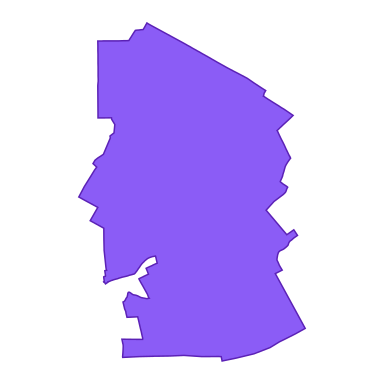 the district of Gaujani, Teleorman, Romania
{"feature_id": "2599482B70071285458497", "entity_name": "Gaujani", "entity_type": "district", "adm_level": 2, "iso_a3": "ROU", "parent_name": "Romania", "parent_adm1": "Teleorman", "projection": "equal_earth", "projection_center": [25.703, 43.752], "detail": "fine", "context": "isolated", "style": "filled", "palette": "violet", "viewbox_px": 384, "rotation_deg": 0, "n_neighbors": 0, "source": "geoboundaries", "source_scale": "gbopen_adm2", "svg_char_len": 5859}
<svg xmlns="http://www.w3.org/2000/svg" viewBox="0 0 384 384"><path d="M305.2,328.4L278.3,279.1L275.3,273.6L282.2,270.1L280.2,266.8L279.2,265.0L278.6,263.5L277.6,261.3L277.4,261.0L277.2,260.6L277.0,260.0L277.0,259.6L277.0,259.1L277.0,258.8L277.1,258.3L277.2,257.5L277.3,256.8L277.5,256.0L277.6,255.0L277.8,254.4L278.1,253.6L278.2,253.0L278.7,252.1L279.1,251.6L279.7,251.1L280.2,250.7L281.1,250.3L282.2,249.8L282.7,249.6L283.2,249.3L284.2,248.7L284.9,248.1L285.7,247.5L286.1,247.1L286.9,246.4L287.6,245.7L287.9,245.4L288.1,245.0L288.3,244.5L288.4,244.1L288.6,243.5L288.7,243.1L289.0,242.5L289.2,242.1L289.6,241.7L290.1,241.0L291.6,240.0L293.7,238.1L297.5,235.4L293.8,229.8L286.8,234.7L275.4,221.2L266.1,210.2L274.0,201.5L283.5,194.3L285.2,192.6L285.4,192.3L285.7,191.9L285.8,191.6L286.0,191.3L286.1,190.9L286.3,190.4L286.5,189.8L286.6,189.3L286.9,188.7L287.0,188.5L287.1,188.2L287.3,187.9L287.5,187.5L287.7,187.3L287.7,187.2L286.8,186.4L285.9,185.8L285.3,185.4L284.2,184.7L283.8,184.5L283.4,184.2L282.7,183.7L282.0,183.1L281.4,182.7L280.7,182.1L280.3,181.8L280.2,181.6L280.3,181.3L280.6,180.7L281.1,179.6L281.6,178.5L282.0,177.6L282.7,175.8L282.6,175.6L283.3,173.2L283.6,172.3L284.0,171.1L284.2,170.2L285.2,166.7L285.7,165.6L286.4,164.3L287.8,162.0L289.0,160.3L289.9,159.1L290.4,158.4L290.6,158.2L290.0,156.8L289.9,156.9L288.9,154.9L287.0,150.9L286.0,148.9L285.2,147.1L284.2,144.9L282.3,141.1L281.8,140.2L280.5,137.6L280.1,136.7L279.5,135.5L278.9,134.2L278.4,133.1L278.1,132.4L277.8,131.8L277.5,131.2L277.1,130.5L277.3,130.4L278.0,129.7L278.5,129.2L279.2,128.6L279.8,127.9L280.4,127.4L281.6,126.3L282.0,125.9L282.5,125.4L282.8,125.1L283.6,124.4L284.2,123.8L284.7,123.4L286.0,122.2L289.0,119.4L290.3,118.2L293.1,115.4L285.5,110.2L284.2,109.3L282.0,108.0L280.4,107.0L278.8,105.9L276.2,104.3L274.6,103.3L272.5,102.0L271.1,101.1L269.4,100.0L268.2,99.3L265.8,97.7L264.9,97.1L263.7,96.3L263.4,96.2L263.6,95.7L263.7,95.2L263.9,94.3L264.1,93.4L264.3,92.9L264.7,92.4L265.0,91.8L265.3,91.2L265.7,90.6L261.5,87.9L254.2,83.1L247.4,78.4L245.2,77.2L238.0,73.4L233.3,71.0L226.9,67.6L218.5,62.9L218.3,62.8L217.4,62.3L215.7,61.3L213.8,60.2L212.0,59.2L210.2,58.1L208.2,57.0L206.9,56.2L206.4,56.0L204.7,55.0L203.2,54.2L201.8,53.4L199.1,51.8L197.5,51.0L196.2,50.2L194.9,49.5L192.7,48.3L189.9,46.6L187.6,45.4L186.1,44.5L182.3,42.4L152.5,26.2L151.2,25.5L149.8,24.7L148.2,23.8L146.9,23.0L146.5,23.8L145.9,24.7L145.4,25.7L144.5,27.3L143.9,28.3L143.4,29.2L143.3,29.4L143.2,29.5L142.8,29.6L141.4,29.7L139.0,30.0L137.5,30.1L136.4,30.2L135.6,30.3L135.3,30.4L135.0,30.9L134.3,31.9L133.2,33.6L131.6,36.2L130.9,37.3L130.1,38.5L128.8,40.6L128.5,40.6L125.8,40.7L123.7,40.7L120.8,40.8L118.7,40.9L116.5,40.9L113.9,40.9L111.0,40.9L108.6,40.9L107.0,40.9L104.8,40.9L103.5,40.9L101.7,41.0L99.7,41.0L97.8,41.0L97.9,46.0L97.9,50.7L98.0,54.5L98.0,57.0L98.0,59.0L98.0,63.1L98.1,67.0L98.1,71.7L98.1,76.1L98.2,79.2L98.2,81.3L98.0,83.1L97.8,85.8L97.9,98.2L98.0,113.2L98.0,117.9L104.0,117.9L111.5,117.8L111.6,119.2L114.8,124.5L114.0,132.9L110.0,136.0L110.3,138.0L107.5,144.6L103.4,154.3L101.5,155.6L97.9,157.9L95.0,160.2L93.0,163.6L96.7,167.1L94.6,170.0L91.3,175.4L84.3,186.6L78.8,197.0L79.4,197.3L82.2,198.9L97.8,207.4L90.2,220.7L103.8,228.2L103.9,239.6L104.1,248.7L104.1,250.2L104.9,257.6L105.8,266.2L106.1,268.6L106.6,270.3L106.3,270.3L105.3,270.5L105.0,270.6L104.8,270.7L105.5,275.7L105.5,276.1L105.4,276.3L105.2,276.4L104.2,276.5L103.8,276.7L103.7,276.9L103.7,277.2L104.1,280.3L104.2,281.3L103.6,281.8L103.8,282.1L104.2,281.9L105.5,283.9L108.0,282.2L107.9,281.9L108.4,281.7L109.4,281.4L110.9,280.7L111.8,280.4L112.9,280.1L113.1,279.9L114.6,279.5L115.2,279.3L116.4,279.0L117.2,278.8L117.7,278.7L118.6,278.3L120.4,277.7L120.8,277.7L121.7,277.3L123.5,276.9L124.8,276.6L125.7,276.4L126.5,276.2L127.7,275.9L129.5,275.2L130.5,275.0L132.4,274.5L132.8,274.3L133.9,274.1L134.0,274.0L134.3,273.9L134.6,273.7L135.0,273.3L135.6,272.6L136.1,271.9L136.7,271.2L137.4,270.2L137.5,270.0L138.0,269.3L138.1,269.1L138.4,268.6L139.0,267.9L139.6,267.0L139.8,266.8L140.0,266.4L140.5,265.6L141.5,264.3L141.8,263.9L142.6,263.0L143.8,261.9L144.8,260.8L145.3,260.4L146.5,259.4L147.0,259.0L147.7,258.5L148.4,258.1L150.0,257.4L152.5,256.6L154.3,256.3L154.5,256.2L155.5,256.1L155.6,256.4L156.1,258.3L156.4,259.9L156.9,261.8L157.1,262.7L157.2,263.1L156.9,263.2L156.9,263.3L156.7,263.4L156.4,263.5L152.8,265.1L152.5,265.4L149.9,266.5L147.3,267.7L146.1,268.3L147.4,271.4L148.0,273.0L148.2,273.5L148.4,273.9L148.5,274.1L148.4,274.2L147.3,274.7L147.1,274.8L143.7,276.4L143.4,276.5L143.2,276.7L139.6,278.4L139.0,278.7L138.9,278.8L139.2,279.5L141.1,283.0L142.5,285.4L146.0,291.7L147.1,293.7L147.3,294.0L147.9,295.5L148.2,296.4L148.5,297.2L148.6,297.5L149.2,298.2L147.3,298.6L146.9,298.6L146.3,298.6L145.1,298.3L143.9,298.1L143.3,298.0L141.3,297.6L140.8,297.4L139.9,297.0L139.3,296.7L138.6,296.3L137.6,295.8L137.0,295.6L135.9,295.2L135.3,295.1L133.6,294.8L133.4,294.8L133.0,294.6L132.6,294.4L131.9,293.9L131.1,293.3L130.2,292.7L129.8,292.4L129.5,292.3L129.2,292.2L128.8,292.2L128.4,292.3L128.2,292.5L128.0,293.0L127.8,293.4L127.7,294.2L127.6,294.9L127.4,295.7L127.2,296.6L127.0,297.1L126.3,298.0L125.9,298.7L125.2,300.1L124.8,300.7L124.4,301.2L124.0,301.5L123.7,301.7L123.0,302.0L123.5,304.2L123.6,304.4L124.0,306.3L124.1,306.5L124.6,308.8L125.8,311.6L126.0,313.2L127.0,317.3L129.9,317.2L135.9,316.9L137.7,316.8L137.9,317.7L138.7,320.9L139.6,324.9L140.5,328.8L141.2,331.5L141.9,334.8L142.6,337.8L142.7,338.4L142.6,339.4L129.1,339.3L121.9,339.2L122.7,343.0L123.1,344.7L123.2,346.3L123.1,349.3L122.9,353.1L122.6,356.6L122.7,357.4L139.4,356.6L152.5,356.3L153.0,356.3L154.3,356.2L156.9,356.2L169.7,356.0L183.9,355.4L201.9,356.6L218.9,356.5L220.2,356.6L221.2,356.6L222.1,361.0L236.6,358.0L254.0,353.8L270.0,347.6L279.5,341.8L284.2,339.5L284.6,339.3L285.8,338.7L295.5,333.8L305.2,328.4Z" fill="#8b5cf6" stroke="#5b21b6" stroke-width="1.5"/></svg>